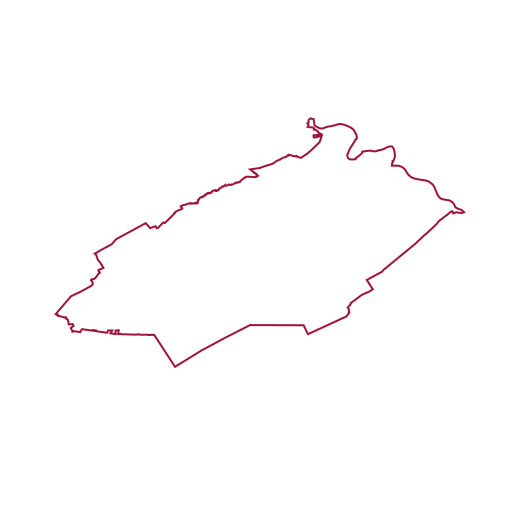 Deventer, Overijssel, Netherlands, rotated 152°
{"feature_id": "6326949B6092768911382", "entity_name": "Deventer", "entity_type": "district", "adm_level": 2, "iso_a3": "NLD", "parent_name": "Netherlands", "parent_adm1": "Overijssel", "projection": "robinson", "projection_center": [6.218, 52.269], "detail": "fine", "context": "isolated", "style": "outline", "palette": "rose", "viewbox_px": 512, "rotation_deg": 152, "n_neighbors": 0, "source": "geoboundaries", "source_scale": "gbopen_adm2", "svg_char_len": 5961}
<svg xmlns="http://www.w3.org/2000/svg" viewBox="0 0 512 512"><g transform="rotate(152 256 256)"><path d="M146.3,326.7L157.8,323.4L161.9,322.5L164.3,322.0L164.5,322.2L169.9,321.5L170.4,321.7L173.5,324.9L173.3,325.2L175.0,326.0L175.1,325.9L175.6,326.2L176.9,327.5L177.5,328.3L178.3,328.8L178.9,329.4L179.0,329.4L178.9,329.5L179.6,330.1L180.1,329.8L180.7,330.0L181.5,330.0L182.4,329.4L183.0,329.3L185.7,330.1L187.8,330.1L189.1,329.8L189.4,329.8L189.5,330.0L190.3,330.1L193.3,330.2L198.2,329.6L198.8,329.8L200.1,330.0L206.6,331.3L211.2,331.9L220.5,335.2L218.0,329.9L217.9,329.7L218.3,329.9L216.5,325.9L217.9,325.7L218.5,325.9L219.1,326.2L219.3,326.1L219.2,325.9L219.4,325.9L220.0,326.1L222.5,327.7L223.6,328.5L225.1,329.2L225.3,329.5L225.9,329.9L228.1,330.7L229.2,330.2L229.8,330.5L230.3,330.4L233.8,329.7L234.9,329.3L235.0,329.0L236.0,329.0L236.5,329.1L236.8,329.5L237.6,329.4L238.2,329.9L238.7,329.7L239.0,329.7L239.1,329.8L239.1,330.1L239.7,330.3L242.3,330.0L242.8,330.2L243.6,330.3L244.2,330.8L244.8,330.4L245.1,330.6L245.5,330.7L246.6,332.0L247.8,332.1L248.6,331.9L249.9,332.2L250.2,332.5L250.7,332.7L250.8,332.8L250.6,333.1L252.3,332.7L252.9,333.2L253.4,333.2L253.5,332.9L255.9,332.7L256.3,332.8L257.0,332.6L257.2,332.2L257.7,332.1L257.9,331.9L258.7,331.9L259.1,332.1L259.3,331.9L260.4,331.8L260.7,332.0L260.4,332.4L261.1,332.8L260.9,333.2L261.9,333.6L263.2,333.7L263.6,333.9L264.5,333.7L264.8,333.3L265.4,333.2L265.7,332.9L266.2,332.9L266.4,333.0L266.1,333.3L267.0,333.5L268.0,333.2L268.4,334.1L268.8,334.3L270.1,334.1L270.1,333.8L271.1,333.6L272.0,334.1L272.8,333.8L272.9,333.4L274.0,333.6L274.7,333.6L275.0,333.4L274.9,333.2L275.5,333.1L276.0,333.2L276.5,333.7L276.7,333.8L277.3,333.6L278.8,333.6L279.2,333.2L279.4,332.9L280.9,332.7L280.9,332.0L281.2,331.8L282.2,331.4L282.0,331.1L282.1,330.9L282.6,330.8L282.7,330.2L282.8,330.2L283.3,330.4L284.0,330.3L284.5,330.6L284.3,331.0L285.1,331.6L286.1,331.5L286.9,331.9L287.2,331.9L288.0,332.8L289.4,332.8L289.6,333.2L289.6,333.7L291.6,334.1L294.0,334.3L294.6,334.5L295.2,334.9L296.4,335.1L299.2,335.2L298.7,332.6L298.8,332.4L300.0,332.4L305.1,332.9L306.2,332.7L307.8,332.4L307.9,332.2L307.7,331.9L307.8,331.8L308.3,331.5L308.7,331.6L308.9,331.5L321.1,327.9L321.3,328.1L321.7,328.9L322.1,329.1L322.4,329.1L329.1,326.9L330.4,327.0L330.6,327.1L330.7,329.5L331.8,329.6L336.5,330.4L336.8,332.2L338.0,336.8L371.6,336.5L378.0,334.1L388.7,334.1L397.3,333.8L396.6,331.7L397.3,327.9L397.3,326.0L396.9,324.6L396.4,320.9L396.5,320.9L396.3,317.1L401.1,317.5L401.0,317.3L402.1,316.6L401.8,315.0L401.2,314.8L400.9,314.7L402.4,314.5L403.4,314.3L406.4,312.7L409.6,311.7L411.9,312.5L413.0,312.3L413.1,312.0L412.6,309.7L413.3,307.8L415.1,307.0L426.7,306.8L438.3,307.3L460.2,298.7L460.0,298.3L458.8,297.7L458.6,297.5L458.6,297.3L459.3,296.9L459.1,296.3L455.6,293.2L454.3,291.9L452.7,291.3L452.6,291.1L453.3,290.1L452.4,289.1L452.1,287.6L452.8,285.2L453.5,283.6L453.4,283.4L451.5,282.6L450.0,282.1L449.8,281.8L449.9,280.0L453.4,279.3L453.3,275.6L453.6,275.4L453.3,275.1L452.6,275.5L447.4,271.7L447.1,271.3L444.0,273.1L435.3,266.8L434.9,267.3L432.7,265.7L433.4,265.4L423.5,258.1L421.5,259.7L417.9,257.7L420.8,256.1L416.7,253.0L416.4,253.7L414.9,256.1L412.1,254.9L414.0,252.3L414.5,252.0L413.8,251.4L412.1,250.9L411.8,250.6L411.7,250.3L410.0,249.1L408.8,248.6L404.5,246.1L404.4,246.0L398.5,242.7L396.4,242.1L396.3,241.7L395.7,241.2L392.4,239.3L389.9,238.2L389.2,237.7L389.1,237.4L387.1,236.2L386.4,235.8L385.7,235.8L384.9,235.5L384.7,235.3L384.7,235.0L382.9,234.2L379.5,196.2L348.3,198.2L321.4,198.3L293.2,197.8L292.6,197.3L292.7,197.2L289.2,195.4L246.5,172.5L246.8,162.6L204.8,160.2L200.8,161.8L200.6,162.7L200.0,162.7L199.0,165.8L199.0,166.6L199.3,167.4L195.1,169.0L194.8,169.3L194.7,169.9L180.9,172.0L172.3,171.4L168.5,171.8L169.2,180.3L169.5,182.8L152.1,183.0L149.9,183.9L110.1,191.9L99.8,194.7L97.9,195.3L95.1,195.8L87.7,197.7L80.7,199.7L79.6,200.4L76.9,201.3L76.3,201.2L71.6,202.1L71.3,202.2L70.6,202.2L68.6,202.5L68.2,202.5L64.6,203.4L62.0,203.6L61.4,202.6L61.3,201.7L61.8,201.5L61.7,200.9L59.9,200.6L58.6,200.6L56.9,199.1L53.9,197.3L51.8,197.0L52.2,198.3L52.8,199.9L53.3,200.6L55.9,203.4L57.0,205.3L57.1,206.2L56.8,208.1L56.8,208.9L57.3,211.1L58.4,213.3L59.1,214.1L59.9,214.9L64.0,218.0L65.0,218.9L65.8,220.0L66.3,221.0L66.7,222.1L66.9,223.4L66.9,225.9L66.2,232.6L66.2,234.9L66.8,237.1L68.2,240.0L69.0,241.2L70.2,242.5L72.4,244.3L76.4,247.2L80.6,250.9L81.4,252.0L82.2,253.3L83.3,256.0L83.7,259.0L83.8,262.2L84.1,263.5L84.8,265.1L85.9,266.8L87.0,268.0L88.9,269.5L93.6,271.9L92.9,272.7L92.9,273.4L90.7,275.0L91.0,275.5L90.9,275.7L89.9,275.6L87.3,277.8L86.4,279.0L86.1,279.8L85.5,280.8L84.2,284.8L84.3,285.0L84.1,285.9L84.1,286.9L84.5,288.9L85.2,289.2L85.8,289.7L88.3,290.4L92.6,290.5L94.9,290.8L99.0,292.0L99.1,291.8L101.3,292.3L103.5,293.5L104.6,294.6L106.2,295.7L110.4,297.3L112.8,297.9L112.9,298.2L113.2,298.3L113.8,297.4L114.6,296.9L119.2,295.9L121.7,295.6L122.6,294.7L125.4,295.9L127.4,297.1L128.0,297.6L128.6,299.0L128.7,299.6L128.3,301.8L127.8,302.7L126.2,303.7L125.5,304.5L122.2,307.0L117.8,309.4L115.2,310.9L114.4,311.6L113.7,311.7L113.5,312.0L112.1,312.3L111.3,313.0L110.9,314.9L110.5,315.5L110.4,316.5L110.5,317.5L110.5,320.9L110.8,322.2L111.4,323.7L112.2,325.2L113.4,326.8L116.4,330.4L119.2,332.8L122.0,333.9L124.8,334.2L125.5,334.6L129.2,335.5L130.6,336.1L133.1,336.8L137.4,337.4L139.1,338.3L140.5,339.6L142.9,343.5L142.9,344.0L142.8,344.5L142.2,345.6L141.9,347.2L141.1,348.9L140.9,350.1L141.6,350.4L142.4,350.9L142.8,351.7L143.0,351.8L145.0,351.7L145.8,351.2L146.6,350.1L146.7,349.5L146.9,349.2L148.3,349.1L148.3,347.7L148.1,346.9L149.8,345.8L148.1,344.5L145.5,342.8L145.1,342.3L144.7,341.3L145.5,340.5L144.9,340.1L143.7,338.9L142.8,336.9L143.1,336.7L143.0,336.1L142.4,334.4L142.1,334.0L141.6,333.7L141.3,333.1L140.8,332.5L140.9,332.2L143.2,333.4L147.2,334.9L148.4,335.6L148.8,335.0L149.4,333.6L148.1,332.8L144.6,332.0L142.5,331.8L141.5,331.3L146.3,326.7Z" fill="none" stroke="#9f1239" stroke-width="2"/></g></svg>